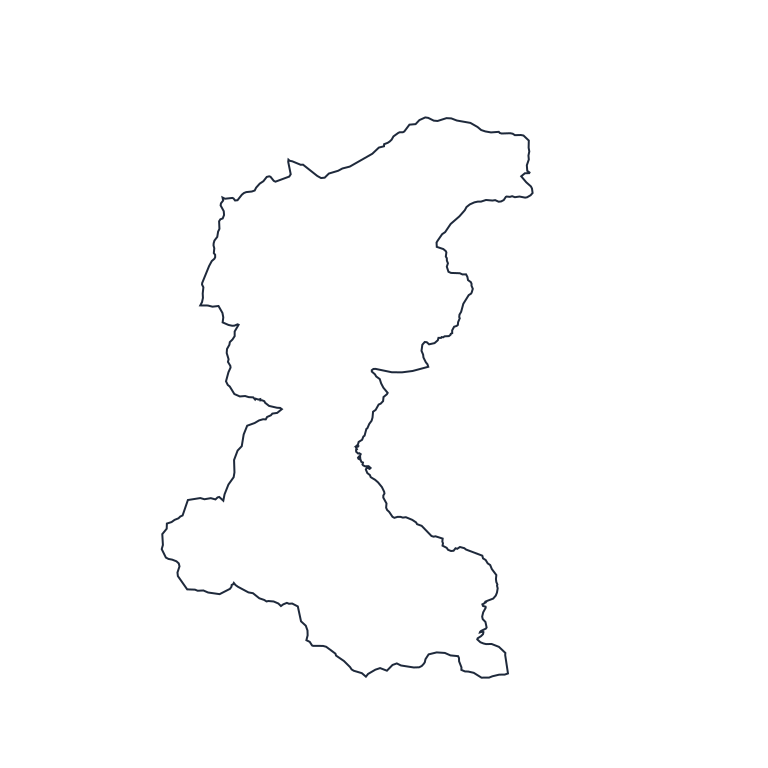 Concepción, Santander, Colombia (Albers equal-area conic projection), rotated 110°
{"feature_id": "7082276B80611154033252", "entity_name": "Concepción", "entity_type": "district", "adm_level": 2, "iso_a3": "COL", "parent_name": "Colombia", "parent_adm1": "Santander", "projection": "albers", "projection_center": [-72.613, 6.801], "detail": "fine", "context": "isolated", "style": "outline", "palette": "slate", "viewbox_px": 768, "rotation_deg": 110, "n_neighbors": 0, "source": "geoboundaries", "source_scale": "gbopen_adm2", "svg_char_len": 6166}
<svg xmlns="http://www.w3.org/2000/svg" viewBox="0 0 768 768"><g transform="rotate(110 384 384)"><path d="M613.6,168.5L597.3,177.4L595.2,178.0L591.7,186.1L591.5,194.0L593.5,199.1L593.8,201.8L593.7,205.1L592.1,209.0L590.9,209.0L587.8,206.6L585.2,205.4L583.1,205.7L582.9,206.6L584.6,208.9L584.0,208.9L582.8,208.3L579.0,204.6L577.7,204.3L572.9,207.3L571.2,210.8L569.0,212.2L564.6,212.7L559.5,211.9L558.5,212.4L558.7,215.1L557.4,216.2L555.9,214.8L554.0,214.3L554.3,213.7L552.7,213.1L548.3,208.0L544.6,206.6L541.4,206.5L537.1,207.3L534.9,208.8L533.6,208.9L531.7,210.7L529.0,212.1L525.1,213.1L521.0,219.4L517.8,222.3L517.1,225.2L514.6,228.3L514.0,231.3L511.7,232.9L511.5,250.3L510.8,252.4L511.2,256.9L513.8,258.8L513.9,260.6L516.9,261.6L518.0,263.9L517.9,267.1L516.5,269.1L515.9,273.7L513.5,274.1L512.1,275.3L509.2,276.0L509.5,283.5L510.5,285.2L510.6,287.4L504.4,300.1L504.4,305.0L503.1,306.5L502.0,311.0L501.7,317.9L503.1,320.6L503.2,323.1L504.2,325.8L506.2,328.5L505.9,330.6L502.4,335.4L501.3,338.0L499.5,339.7L495.4,340.8L491.0,345.8L489.0,346.5L486.8,346.1L485.2,347.0L481.6,350.7L478.5,355.9L477.1,359.5L476.1,364.6L474.4,366.1L473.4,369.2L470.6,371.8L468.4,371.6L468.7,368.5L467.5,367.9L466.5,370.4L467.8,373.7L467.6,375.7L467.0,376.7L465.0,376.9L464.9,378.7L463.3,380.0L463.0,382.4L462.2,383.2L460.9,382.8L461.1,381.3L459.6,382.0L457.9,381.9L457.5,383.5L458.2,384.5L457.2,386.9L456.3,387.4L455.4,387.7L454.6,387.1L453.4,388.6L452.8,388.6L451.8,387.1L451.1,386.9L450.9,387.7L451.4,388.6L449.9,387.8L447.1,388.0L443.9,385.5L440.4,385.4L439.2,384.6L432.3,385.2L431.2,384.5L426.5,384.2L422.8,383.1L419.5,383.3L413.8,384.8L411.2,383.0L405.1,382.0L403.6,380.4L400.4,379.0L396.4,380.0L392.7,377.8L391.1,377.5L387.7,383.3L384.4,386.9L380.8,389.7L379.6,393.9L378.0,395.8L376.5,399.7L375.2,400.2L373.5,399.1L372.7,397.2L370.3,380.7L366.9,371.1L362.0,361.6L352.7,348.3L350.6,349.9L349.3,352.1L345.6,356.0L343.0,357.3L340.0,360.1L334.0,361.4L330.6,360.1L330.1,358.1L331.3,355.2L328.3,350.5L324.5,348.4L322.0,348.6L321.2,346.2L320.2,345.9L319.9,344.4L318.5,343.4L316.8,339.4L315.0,338.3L314.0,338.4L312.9,337.3L310.3,338.3L306.2,337.7L304.6,335.6L303.2,334.8L300.6,335.5L296.3,335.3L295.4,336.2L293.0,336.8L289.8,336.2L281.5,336.9L271.5,334.8L269.3,333.1L268.1,332.9L264.2,333.1L261.7,335.4L259.9,336.0L258.6,337.2L257.6,340.6L254.8,342.3L252.9,344.4L254.2,347.7L254.0,350.7L256.7,359.0L256.5,361.8L252.3,365.1L248.7,365.2L246.6,367.1L244.3,368.0L243.1,369.5L239.0,370.4L238.0,371.4L236.9,374.4L237.1,381.3L233.1,383.0L230.9,382.6L223.3,380.6L220.4,378.5L210.8,376.1L200.7,370.5L193.0,367.5L189.5,367.0L185.9,364.8L182.4,361.2L180.5,358.2L179.4,355.2L176.2,351.1L174.5,344.8L173.2,342.4L173.5,338.6L172.4,336.4L170.2,334.4L166.5,333.5L165.9,332.9L165.1,329.7L163.7,327.8L163.7,324.9L161.5,320.8L160.6,315.1L159.6,313.4L156.5,310.8L153.7,309.7L149.7,311.8L148.1,313.5L145.8,319.3L141.9,326.1L137.8,323.7L136.2,319.7L135.5,319.6L134.7,322.3L129.6,324.6L123.5,324.7L119.9,326.4L115.8,327.0L112.5,328.9L105.7,331.2L102.8,337.9L103.2,340.5L105.4,346.1L104.8,348.7L105.2,351.2L108.4,359.2L108.5,361.1L107.8,362.4L111.0,369.5L112.0,375.2L112.1,379.6L110.5,384.0L109.1,392.1L111.5,405.7L111.4,411.6L112.8,416.2L118.5,423.6L119.5,427.3L118.8,433.5L119.4,436.4L123.9,441.0L129.0,443.2L131.6,448.8L139.8,451.3L141.0,452.4L142.1,455.4L143.2,456.5L148.1,459.8L151.8,460.4L154.2,461.6L156.1,463.0L158.6,465.9L160.6,465.3L163.6,469.7L171.6,473.7L191.4,490.5L195.7,496.8L199.3,500.0L205.1,507.8L210.4,510.3L212.0,513.6L211.3,517.9L205.6,535.1L206.5,537.3L206.1,546.3L206.5,549.0L205.9,550.5L208.0,550.0L218.8,543.4L221.5,544.0L231.0,555.2L230.8,557.1L228.1,561.5L228.1,562.9L229.5,565.0L234.7,566.7L238.2,569.3L243.2,571.3L246.4,571.7L248.3,574.0L250.8,579.1L252.4,580.9L254.7,582.3L261.4,584.5L262.5,586.7L261.1,588.9L261.0,590.1L264.3,596.8L264.0,599.5L266.6,597.9L270.0,599.0L272.1,598.6L276.4,593.7L279.9,592.1L283.6,592.2L285.2,594.1L287.5,594.6L294.5,591.7L297.6,592.0L302.8,591.0L307.2,592.4L310.0,592.2L312.1,591.6L314.5,589.9L319.2,588.7L320.3,586.9L322.6,586.0L324.3,586.2L327.4,587.9L332.9,588.7L351.3,589.4L352.8,589.0L354.9,586.8L361.0,585.3L365.0,583.6L369.3,583.0L373.0,583.5L370.5,576.4L370.0,571.6L367.3,566.2L372.5,560.1L376.4,557.8L381.3,556.7L381.7,550.3L381.2,546.7L380.4,544.6L378.0,542.0L378.1,540.9L385.7,542.3L390.1,540.7L394.0,541.6L397.4,543.2L400.0,542.7L404.8,543.5L408.7,542.4L413.9,538.5L416.6,538.2L419.5,534.6L421.1,533.8L426.1,534.2L435.5,533.4L438.3,530.5L439.1,528.1L444.6,521.2L445.0,515.2L442.8,510.4L442.6,506.6L441.3,502.3L442.7,499.8L441.7,499.6L441.6,496.7L440.5,495.1L441.7,494.6L441.0,493.1L441.1,490.6L442.3,489.3L443.9,484.5L442.9,476.4L442.0,473.4L442.6,471.4L447.7,474.5L450.0,478.8L452.1,479.6L455.0,482.6L457.7,483.0L458.5,485.6L460.9,488.9L464.9,492.2L470.0,498.3L479.4,498.6L491.1,496.4L496.6,498.8L506.7,498.9L518.2,494.3L523.0,493.4L531.7,495.8L542.2,496.1L548.6,495.1L546.5,500.2L547.5,501.6L550.1,502.9L550.5,507.7L553.7,513.3L554.0,517.6L560.1,528.6L576.4,528.3L578.2,530.1L580.5,531.2L583.3,534.3L586.4,536.4L589.4,540.3L594.3,538.7L600.9,541.0L610.9,536.7L615.2,536.4L621.7,529.6L622.1,526.7L621.5,523.0L621.6,518.4L622.8,515.5L625.3,513.8L631.8,513.6L635.0,512.0L644.3,498.7L641.9,491.3L642.0,488.4L639.8,483.1L640.1,478.0L637.7,466.6L629.2,458.7L626.7,458.0L624.9,458.4L623.8,457.3L622.3,457.1L623.7,454.8L624.5,451.9L626.2,440.1L625.4,435.6L628.0,427.9L627.9,422.7L628.5,420.0L627.5,418.5L626.1,413.3L626.4,408.2L627.9,404.9L625.5,403.3L622.9,400.4L623.0,398.1L621.7,395.2L622.5,388.9L635.4,380.8L637.9,374.8L641.8,371.6L646.3,369.8L651.3,369.3L651.7,365.6L654.3,362.2L654.3,361.0L651.0,351.8L650.7,348.5L654.0,337.4L655.6,336.2L658.0,326.9L661.6,319.1L663.3,316.8L663.8,314.3L663.3,305.9L665.2,300.9L661.9,299.8L655.4,294.4L652.3,290.5L652.4,283.2L645.1,279.9L642.2,276.4L642.7,271.8L640.2,259.1L638.2,254.1L636.1,252.1L633.5,251.0L631.6,250.5L628.4,250.9L622.8,249.6L618.2,242.7L615.9,234.8L616.3,228.7L614.4,221.3L615.9,219.8L618.9,218.6L623.8,214.3L626.2,213.5L626.4,209.6L625.4,206.5L624.7,200.9L626.6,192.0L624.0,184.9L621.6,182.2L617.7,176.3L615.8,171.2L613.6,168.5Z" fill="none" stroke="#1e293b" stroke-width="2"/></g></svg>